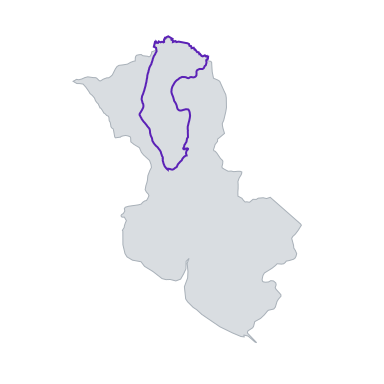 location of IX-2 Rewa(Illiwa)/U.E, Upper Takutu-Upper Essequibo, Guyana, rotated 173°
{"feature_id": "73187651B68809145182680", "entity_name": "IX-2 Rewa(Illiwa)/U.E", "entity_type": "district", "adm_level": 2, "iso_a3": "GUY", "parent_name": "Guyana", "parent_adm1": "Upper Takutu-Upper Essequibo", "projection": "orthographic", "projection_center": [-58.667, 2.726], "detail": "fine", "context": "in_parent", "style": "outline", "palette": "violet", "viewbox_px": 384, "rotation_deg": 173, "n_neighbors": 0, "source": "geoboundaries", "source_scale": "gbopen_adm2", "svg_char_len": 9604}
<svg xmlns="http://www.w3.org/2000/svg" viewBox="0 0 384 384"><g transform="rotate(173 192 192)"><path d="M115.0,177.2L106.0,167.1L97.0,157.0L88.1,147.0L87.5,145.7L91.3,141.0L94.6,137.6L97.4,135.6L98.7,133.9L97.7,126.7L97.8,124.0L96.5,121.2L95.6,118.0L96.7,115.3L98.1,113.5L99.8,112.8L104.0,112.1L106.9,111.9L107.9,110.8L109.7,109.6L111.9,109.5L116.2,110.4L118.2,108.8L121.8,106.6L130.0,102.8L131.8,100.4L133.1,96.6L132.9,94.8L132.1,94.1L130.1,93.5L127.0,93.4L124.6,94.4L122.0,93.8L119.9,91.5L119.8,89.6L121.1,86.8L120.3,85.0L116.3,79.3L116.4,77.7L119.3,75.1L121.0,72.9L123.3,67.6L125.1,65.9L130.7,65.3L132.1,64.2L135.0,61.4L139.3,58.2L145.5,55.7L147.3,51.1L148.4,49.8L153.3,47.4L154.1,46.1L154.0,45.0L146.2,34.6L147.7,35.3L153.8,42.1L157.2,43.5L157.9,43.6L157.9,41.8L161.0,42.6L169.0,47.2L180.7,54.8L197.1,69.2L201.8,74.7L204.9,77.3L209.8,83.6L211.3,86.7L211.1,98.9L206.8,107.2L205.7,113.5L205.5,121.8L203.0,126.5L206.3,123.9L207.4,116.4L210.2,111.9L213.9,106.9L218.9,105.7L224.2,107.8L228.5,108.2L232.3,109.7L240.3,117.7L248.2,124.0L251.1,129.0L259.4,131.6L264.4,135.5L266.0,139.0L267.0,148.1L265.4,161.7L265.8,162.4L263.6,165.1L263.2,166.8L261.7,169.9L260.6,171.5L262.2,175.3L264.1,175.5L264.9,175.9L265.3,176.7L265.2,177.5L264.5,178.2L262.7,179.1L261.0,181.3L261.2,183.7L260.1,185.0L256.6,185.6L249.9,185.7L246.6,185.8L243.9,186.2L242.2,187.8L240.0,188.9L238.2,189.1L236.7,191.0L235.2,193.5L235.7,195.3L237.3,197.6L238.2,200.0L237.0,203.9L235.6,206.9L234.8,209.2L233.8,213.6L231.2,218.5L229.3,221.2L229.3,224.2L230.3,228.5L235.6,234.7L237.4,237.6L238.8,242.4L243.6,246.1L246.6,249.2L246.3,253.2L246.7,254.4L248.6,255.4L250.9,256.2L253.4,256.1L255.6,255.8L256.2,255.2L261.4,255.1L262.0,256.1L262.3,261.9L262.5,264.2L263.7,265.2L264.5,266.6L264.5,267.9L264.7,271.1L265.5,272.8L265.4,276.3L265.9,277.5L267.4,278.4L269.2,280.8L269.9,281.1L270.2,282.0L271.8,285.5L272.6,286.6L273.1,286.7L273.4,287.9L274.5,291.2L275.3,292.0L276.7,294.4L277.3,297.1L279.2,300.0L281.2,302.1L282.1,304.3L284.6,309.0L287.0,312.4L290.3,313.3L293.1,313.7L294.8,315.0L296.5,316.4L294.7,317.0L293.0,317.9L290.8,317.2L287.6,317.6L284.4,318.6L281.4,319.0L275.7,317.5L274.0,317.3L272.8,316.7L270.4,313.7L269.3,313.4L266.3,314.8L262.6,315.7L260.8,315.5L258.7,316.5L256.8,317.9L253.0,323.6L251.1,325.7L249.0,326.6L244.9,326.6L240.4,326.8L237.1,328.2L234.0,328.9L232.4,329.0L231.9,332.2L231.2,333.7L230.2,334.5L227.8,334.7L225.6,334.6L224.3,333.3L221.9,332.7L219.7,332.2L218.3,331.4L217.2,331.6L216.2,332.9L215.5,334.1L214.8,336.1L211.5,336.8L210.1,338.0L210.9,341.9L210.5,343.4L209.9,344.6L205.9,344.8L202.5,344.7L200.5,346.2L198.1,347.8L196.6,348.1L194.9,348.0L192.6,346.1L190.4,343.7L184.7,342.0L179.1,340.7L175.5,336.9L174.6,335.0L172.9,334.2L168.5,329.7L166.1,326.8L163.5,326.0L160.5,324.8L160.7,322.7L160.5,320.7L159.2,319.9L157.4,319.4L156.7,318.2L156.9,315.6L157.3,308.8L156.8,302.3L152.8,300.0L151.0,298.5L148.0,288.8L146.6,284.5L146.5,281.3L147.5,271.7L148.7,267.5L151.8,259.2L153.6,256.3L153.7,254.2L153.5,251.5L152.6,246.2L157.8,242.8L160.1,241.4L160.5,239.1L163.3,236.3L164.5,233.5L165.5,231.4L165.3,230.3L164.0,229.6L162.6,227.6L159.6,221.7L158.5,220.5L157.6,218.9L158.1,216.3L159.2,213.5L159.1,212.3L157.3,210.8L153.6,208.2L150.5,208.0L148.1,207.1L144.5,207.0L141.7,206.7L140.1,205.8L140.5,204.2L141.2,203.0L143.5,200.1L145.1,196.9L145.3,193.8L145.8,189.8L146.5,186.3L146.9,182.3L143.2,179.7L142.0,177.5L140.5,175.6L138.8,175.6L136.2,174.8L132.3,177.3L129.1,176.8L127.0,177.8L122.0,177.6L118.8,176.4L115.0,177.2Z" fill="#d9dde1" stroke="#a8b0b8" stroke-width="1"/><path d="M192.9,228.9L193.0,229.8L193.2,230.7L193.2,231.1L193.1,231.7L192.9,232.3L192.7,232.7L192.6,233.0L192.3,233.7L192.0,234.1L191.6,234.2L191.3,234.4L191.0,234.7L190.8,235.0L190.7,235.4L191.0,235.7L191.3,235.9L191.8,235.9L192.2,235.8L192.6,235.8L193.0,235.9L193.3,235.8L193.7,235.5L194.0,235.3L194.9,235.4L195.2,235.7L195.4,236.0L195.4,236.4L195.2,236.7L194.9,237.1L194.6,237.4L194.4,237.8L194.1,238.6L194.0,238.9L193.9,239.4L193.7,239.7L193.4,240.0L193.1,240.3L192.3,241.4L192.1,241.7L191.5,242.3L191.3,242.7L191.0,243.9L190.8,244.3L190.6,245.2L190.4,245.7L190.2,246.0L189.5,246.6L189.3,246.9L188.8,252.5L188.5,253.8L188.6,254.2L188.6,254.8L188.6,255.2L188.5,255.6L188.4,256.6L188.2,257.7L187.8,258.6L187.5,259.4L187.3,260.0L187.1,260.6L186.9,261.1L186.5,262.1L186.1,263.0L185.6,264.5L185.1,266.0L184.9,266.9L184.7,267.5L184.6,268.1L184.6,269.2L184.6,270.7L184.6,271.1L184.7,271.7L184.8,272.5L185.0,273.0L185.3,273.7L185.4,274.1L185.7,274.4L187.0,274.7L187.9,274.9L188.7,274.8L190.0,274.6L190.4,274.6L191.7,274.3L192.0,274.3L192.9,274.2L193.7,274.3L194.1,274.4L194.5,274.5L195.0,274.8L195.4,275.2L196.1,276.0L196.2,276.3L196.3,276.7L196.5,277.6L196.6,278.5L196.6,278.9L196.7,279.7L196.9,280.6L197.2,281.6L197.8,283.1L198.3,283.9L198.5,284.3L198.6,284.7L198.7,285.2L198.7,285.6L199.0,287.6L199.1,288.4L199.6,290.3L199.8,291.0L199.9,291.4L200.0,291.9L200.1,292.3L200.2,293.2L200.2,294.0L200.2,294.4L199.8,295.7L199.8,296.2L199.7,296.6L199.5,297.0L199.2,297.8L198.8,298.6L198.6,299.1L198.0,299.9L197.7,300.3L197.4,300.6L197.2,301.0L196.9,301.3L196.6,301.8L196.3,302.1L195.8,302.9L195.5,303.1L194.8,303.8L193.5,304.8L192.4,305.3L191.6,305.7L191.3,306.0L191.0,306.2L190.7,306.4L190.3,306.6L189.5,306.9L188.6,307.1L188.3,307.3L187.7,307.4L187.3,307.3L186.9,307.3L186.4,307.1L186.0,307.1L185.5,307.0L185.2,307.0L184.3,306.7L183.8,306.5L183.1,306.0L182.7,305.7L182.3,305.6L182.0,305.5L181.5,305.4L180.7,305.7L180.3,305.9L180.0,306.1L179.5,306.2L179.1,306.2L178.7,306.2L178.2,306.0L177.8,305.9L176.8,305.6L176.0,305.6L175.6,305.7L174.9,305.9L174.5,306.1L173.9,306.6L173.7,306.9L173.4,307.2L173.3,307.6L173.2,308.5L173.1,308.9L173.0,309.3L173.0,310.1L172.9,310.9L172.6,311.6L172.3,312.0L172.0,312.3L171.7,312.5L171.3,312.6L170.9,312.7L170.2,313.0L169.6,313.2L169.2,313.2L168.7,313.1L168.3,313.0L167.4,312.9L166.9,312.8L166.5,312.8L165.6,313.3L165.2,313.6L164.9,313.9L164.4,314.9L164.1,315.4L163.6,315.7L163.2,315.9L162.9,316.1L162.7,316.6L162.3,317.5L162.1,317.9L162.0,318.2L161.9,318.6L161.8,319.0L161.9,320.3L161.8,320.7L161.8,321.0L161.7,321.0L161.6,320.5L161.0,321.8L160.0,322.2L159.5,324.4L160.6,324.5L160.7,325.2L162.0,325.0L162.6,326.1L164.8,325.3L166.0,325.9L167.2,328.1L167.9,327.9L168.4,329.9L169.9,330.2L171.4,333.1L172.1,333.0L172.7,335.0L174.9,334.8L175.1,336.9L176.7,337.4L176.9,339.2L178.2,340.1L186.9,342.9L189.3,342.7L189.9,343.8L192.6,343.2L192.3,344.3L193.8,345.6L192.8,346.5L193.5,347.0L196.6,349.4L198.8,348.7L199.6,347.8L200.1,348.2L201.2,346.6L201.4,344.3L202.1,344.0L203.4,344.8L204.9,344.4L206.7,345.5L207.6,344.1L208.6,344.4L209.4,345.7L209.8,344.8L210.5,345.3L212.2,340.8L210.1,339.5L210.0,336.5L210.0,336.1L210.1,335.8L210.3,335.5L210.9,334.8L211.1,334.5L211.4,334.1L211.7,333.4L212.0,333.0L212.8,332.1L213.1,331.8L213.4,331.4L213.6,331.0L213.8,330.5L214.0,330.1L214.6,329.1L214.9,328.3L215.0,327.9L215.3,327.1L215.8,326.3L216.0,325.6L216.3,325.2L216.5,324.9L216.6,324.3L216.7,324.0L217.0,323.6L217.3,323.2L217.8,322.6L218.3,321.9L218.7,321.2L219.0,320.9L219.2,320.5L219.3,320.1L219.5,319.6L219.8,318.8L220.4,317.5L220.6,316.6L220.8,316.2L220.9,315.8L221.2,315.5L221.4,315.1L221.7,314.2L222.1,313.3L222.2,312.8L222.4,311.8L222.6,310.9L222.7,310.5L222.9,310.1L223.1,309.7L223.2,309.2L223.3,308.8L223.5,308.2L223.6,307.8L223.8,307.0L223.9,306.6L224.3,305.8L224.4,305.4L224.7,304.8L224.8,304.4L224.9,304.0L225.1,303.3L225.3,302.8L226.1,300.9L226.3,300.5L226.6,299.7L227.1,298.4L227.4,297.9L227.8,297.1L228.5,295.5L229.7,293.5L230.0,292.9L230.1,292.4L230.2,292.0L230.3,291.6L230.5,291.2L230.6,290.7L230.7,290.1L230.7,289.6L230.6,289.1L230.5,288.7L230.3,287.5L230.3,287.1L230.3,286.7L230.2,286.3L229.8,285.6L229.7,285.1L229.7,284.2L229.7,283.4L229.9,282.5L230.2,281.7L230.7,280.9L231.0,280.5L231.4,279.8L231.7,279.4L232.0,279.0L232.3,278.7L232.9,277.8L233.8,276.8L234.0,276.4L234.4,276.0L234.6,275.2L234.6,274.7L234.5,274.4L234.2,274.0L234.1,273.5L233.9,273.0L233.6,272.1L233.3,271.7L233.1,270.9L233.0,270.5L232.6,269.8L232.4,269.5L232.0,268.7L231.3,267.5L231.1,267.2L230.8,266.9L230.5,266.5L230.0,265.6L229.7,265.2L229.0,264.0L228.7,263.6L228.4,262.8L227.9,262.1L227.4,261.3L227.0,260.8L226.6,260.1L226.5,259.7L226.5,259.3L226.3,258.7L226.3,257.4L226.4,256.0L226.4,255.5L226.2,254.4L226.2,253.8L226.1,253.2L225.5,251.3L225.2,250.4L225.1,249.4L225.1,248.4L225.1,247.9L225.0,247.4L224.4,246.2L224.3,245.7L223.8,244.9L223.7,244.6L223.2,243.8L222.9,243.3L222.6,243.0L222.4,242.6L221.9,241.9L221.5,241.5L221.2,241.2L220.9,240.9L220.7,240.6L220.1,239.6L220.0,239.3L218.8,237.3L218.4,236.4L218.1,235.6L218.0,235.1L218.0,234.6L217.9,233.8L217.6,233.0L217.5,232.0L217.3,231.2L216.9,230.4L216.8,230.0L216.8,229.0L217.1,228.7L217.0,227.8L217.1,227.4L217.2,227.1L217.2,226.6L217.1,226.1L217.1,225.7L216.9,225.3L216.9,224.9L216.9,224.4L216.8,224.0L216.7,223.5L216.6,223.0L216.5,222.6L216.3,222.2L216.1,221.2L216.0,220.9L215.8,220.5L215.2,219.6L214.8,218.9L214.5,218.5L214.0,217.8L213.7,217.5L213.4,217.2L213.4,217.3L213.4,217.7L213.3,217.9L213.0,218.1L212.6,217.9L212.0,217.8L211.6,217.7L211.2,217.5L210.7,217.4L210.3,217.1L209.8,216.9L209.5,216.8L208.7,216.6L208.1,216.7L207.3,217.0L206.9,217.2L206.5,217.5L206.2,217.7L205.9,217.9L205.1,218.3L204.6,218.4L204.2,218.6L203.7,219.4L203.5,219.8L203.2,220.1L203.1,220.5L202.6,221.2L202.2,221.6L201.9,221.9L201.5,222.2L201.2,222.4L200.6,223.0L199.5,223.9L199.0,224.2L198.7,224.4L198.3,224.7L197.9,225.4L197.7,225.7L197.5,226.1L197.3,226.3L196.7,226.9L196.3,227.2L195.6,227.9L195.2,228.1L194.8,228.2L194.5,228.5L194.1,228.7L193.6,228.9L192.9,228.9Z" fill="none" stroke="#5b21b6" stroke-width="2"/></g></svg>